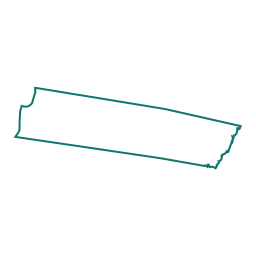 outline of Ngchesar, Ngchesar, Palau
{"feature_id": "81905179B12873332240665", "entity_name": "Ngchesar", "entity_type": "district", "adm_level": 2, "iso_a3": "PLW", "parent_name": "Palau", "parent_adm1": "Ngchesar", "projection": "robinson", "projection_center": [134.605, 7.473], "detail": "fine", "context": "isolated", "style": "outline", "palette": "teal", "viewbox_px": 256, "rotation_deg": 0, "n_neighbors": 0, "source": "geoboundaries", "source_scale": "gbopen_adm2", "svg_char_len": 2037}
<svg xmlns="http://www.w3.org/2000/svg" viewBox="0 0 256 256"><path d="M21.6,106.2L20.2,111.3L19.6,121.0L19.5,130.3L17.9,133.2L15.4,136.9L160.4,158.2L204.8,166.0L205.0,165.5L205.4,165.3L206.6,165.9L206.9,166.3L207.2,166.8L207.5,167.1L207.9,166.8L207.8,166.5L207.9,165.0L208.2,164.5L208.8,164.9L209.2,165.4L209.4,166.2L209.8,166.8L210.1,167.2L210.7,167.1L211.5,166.8L212.4,166.7L213.3,167.0L213.9,167.3L214.9,168.0L215.4,168.2L216.3,167.5L216.2,166.5L216.3,166.4L216.8,166.0L217.0,165.5L216.8,165.4L216.8,165.2L217.0,165.1L217.0,164.6L217.2,164.4L217.4,164.2L217.8,163.9L218.0,163.8L218.0,163.5L218.4,163.4L218.6,163.2L218.9,162.6L219.2,161.7L219.1,161.4L218.9,161.2L219.4,161.1L219.7,161.0L220.1,160.6L220.5,160.4L220.6,160.2L221.0,160.0L221.1,159.7L221.2,159.3L221.4,159.0L221.6,158.2L221.6,157.9L221.8,157.6L221.9,157.0L221.9,156.7L222.0,156.5L221.8,156.1L221.7,156.1L221.7,155.9L221.6,155.7L221.7,155.4L222.0,155.4L222.0,155.1L222.2,154.8L222.8,154.8L223.0,154.4L223.6,154.2L223.9,154.2L224.0,154.0L224.5,153.8L224.9,153.7L225.8,152.7L226.1,152.6L226.4,151.8L226.8,151.8L227.1,151.0L227.6,151.1L227.9,150.9L227.9,151.2L227.7,151.6L227.6,152.0L228.1,152.0L231.5,142.6L232.0,142.8L232.5,141.6L231.9,141.3L232.7,138.9L232.9,138.8L233.2,139.0L233.6,138.0L233.1,137.7L233.3,137.2L232.8,137.0L232.5,137.0L232.4,136.6L232.6,136.7L232.9,136.6L233.1,136.8L233.5,136.1L233.6,136.3L233.9,136.0L234.5,135.6L234.6,135.4L234.9,135.4L235.0,135.1L236.0,134.2L236.2,133.7L236.8,132.7L236.9,132.2L237.0,131.8L237.1,131.4L237.1,130.9L237.3,130.7L237.3,130.4L237.3,130.1L237.4,129.9L237.5,129.5L237.3,129.1L237.2,128.8L237.5,128.6L237.5,128.3L237.9,128.5L238.1,128.4L238.1,128.6L238.3,128.9L238.5,129.0L238.8,129.1L239.1,128.9L239.3,128.9L239.3,128.6L239.7,128.3L239.7,128.0L239.9,127.9L240.1,127.7L240.3,127.1L240.4,126.8L240.3,126.7L240.6,126.1L164.4,108.9L35.2,87.8L35.2,93.1L34.5,94.8L32.2,102.6L32.2,102.9L32.2,103.0L31.2,104.1L29.3,105.7L27.4,106.6L25.7,106.6L24.1,106.6L21.6,106.0L21.6,106.2Z" fill="none" stroke="#0f766e" stroke-width="2"/></svg>